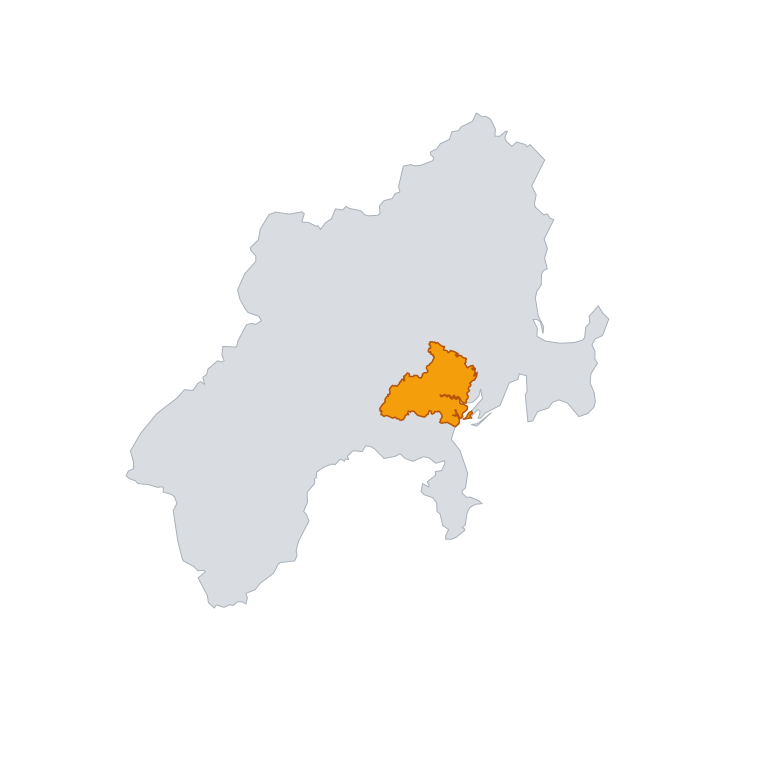 where Mykolayiv sits in Ukraine, rotated 303°
{"feature_id": "UKR-284", "entity_name": "Mykolayiv", "entity_type": "Region", "adm_level": 1, "iso_a3": "UKR", "parent_name": "Ukraine", "parent_adm1": "", "projection": "orthographic", "projection_center": [31.887, 47.325], "detail": "fine", "context": "in_parent", "style": "filled", "palette": "amber", "viewbox_px": 768, "rotation_deg": 303, "n_neighbors": 0, "source": "natural_earth", "source_scale": "10m", "svg_char_len": 9775}
<svg xmlns="http://www.w3.org/2000/svg" viewBox="0 0 768 768"><g transform="rotate(303 384 384)"><path d="M513.9,509.2L522.3,520.9L529.1,526.8L532.5,526.9L541.5,522.2L547.5,523.3L552.6,519.1L566.2,521.2L562.5,529.1L561.0,537.1L543.6,540.9L537.0,536.6L530.1,537.1L526.5,543.0L519.8,547.2L517.8,551.7L505.3,552.0L497.1,556.3L491.0,565.2L484.1,570.9L478.6,572.7L469.9,570.8L462.8,565.2L468.0,548.3L465.9,539.3L460.3,535.2L453.4,535.0L444.4,527.8L434.1,528.9L430.6,525.3L451.5,508.7L456.1,507.8L468.6,498.9L466.1,491.9L460.8,493.8L453.2,488.4L429.3,493.0L414.8,484.7L408.1,483.7L406.4,481.6L413.3,479.8L413.9,476.6L404.2,474.7L399.1,470.7L425.4,474.5L432.5,467.7L425.2,470.2L417.7,468.7L415.0,466.5L411.8,459.8L411.6,450.4L408.3,442.1L405.8,439.4L410.7,453.1L409.4,466.2L398.3,465.5L399.4,460.1L394.1,467.2L385.4,467.3L374.3,470.6L369.5,484.1L354.7,502.8L341.4,508.9L336.9,507.7L335.0,509.2L333.9,515.0L336.1,517.8L337.8,527.3L337.0,531.2L332.5,525.8L327.1,523.3L321.1,523.9L309.9,528.9L306.2,527.8L306.4,530.6L305.3,531.4L295.1,528.2L290.8,525.4L287.5,520.3L290.9,518.2L297.2,517.5L297.2,510.5L305.4,502.0L305.9,498.0L313.0,492.9L315.2,486.9L313.0,478.0L314.1,473.5L321.6,470.7L322.0,477.5L323.7,477.0L325.4,473.5L335.5,477.0L338.5,474.8L342.7,479.5L350.5,478.4L352.4,476.3L345.8,470.7L346.6,461.9L344.6,456.8L334.8,450.2L333.1,442.3L334.2,435.5L329.3,432.7L321.6,424.7L324.5,411.3L324.1,406.1L322.1,402.2L315.6,402.6L311.2,394.4L303.5,392.6L301.3,395.4L300.1,392.6L297.5,392.6L297.9,389.4L296.2,388.1L289.8,386.9L288.4,383.8L281.7,378.9L273.4,375.5L268.6,378.2L266.6,377.3L263.0,380.0L251.1,378.5L243.5,384.1L233.4,386.0L232.2,390.3L228.2,395.7L205.8,397.9L196.1,401.2L192.7,404.6L186.9,405.4L177.9,394.4L174.9,393.4L165.1,394.4L149.5,388.7L141.2,387.9L133.3,382.3L130.2,385.9L124.3,388.0L124.1,384.0L121.8,379.9L116.1,378.1L114.6,374.5L109.6,371.5L107.5,363.9L103.7,363.6L105.0,355.9L110.4,351.0L120.2,333.7L129.2,336.4L129.7,334.4L125.9,329.6L127.4,323.9L126.3,312.1L128.4,309.1L140.1,296.5L163.0,276.2L171.0,275.4L175.1,270.1L175.7,266.0L173.1,257.7L177.1,255.3L177.0,254.0L174.1,250.5L171.4,241.3L166.5,232.0L167.4,228.1L165.9,222.1L166.5,217.7L171.9,217.0L176.3,220.0L181.9,216.7L189.7,207.8L210.5,206.8L235.5,209.6L259.7,218.1L270.5,219.7L274.5,227.3L283.5,227.6L286.1,229.1L286.1,233.6L291.1,228.4L295.5,230.2L300.7,228.2L312.8,231.8L314.0,236.0L316.5,237.2L320.2,232.2L327.8,228.4L334.6,240.2L340.8,238.0L358.8,236.4L363.1,240.2L363.8,243.7L370.0,246.7L372.7,242.5L369.9,231.0L371.5,226.6L376.7,216.9L383.4,209.9L400.8,207.1L416.8,209.8L421.5,206.8L423.7,199.3L425.8,197.6L436.7,200.1L446.5,195.8L463.6,195.3L469.1,199.5L475.0,212.2L483.7,221.4L483.3,224.5L475.7,226.5L475.6,228.1L478.3,232.3L479.4,241.3L480.8,242.4L479.1,246.5L487.4,247.1L494.0,249.9L504.4,248.0L507.5,254.7L512.2,255.3L512.5,259.7L516.7,270.1L515.5,275.7L516.3,279.0L522.1,286.9L524.7,287.8L531.0,283.2L537.9,284.2L544.0,289.9L549.8,289.6L553.7,292.8L557.6,288.6L577.3,281.6L582.5,286.9L583.5,290.5L586.9,295.3L598.0,303.4L601.0,302.2L601.6,298.1L603.9,296.6L610.1,300.3L616.1,300.3L624.9,305.7L632.6,303.5L637.0,308.5L641.9,308.7L652.4,315.1L661.5,313.9L661.6,320.8L664.0,323.6L664.1,329.2L658.3,338.7L652.3,342.0L654.8,346.2L662.4,348.4L663.0,349.8L656.5,351.1L654.1,354.6L653.0,361.8L659.2,363.5L661.8,372.0L660.7,374.8L664.3,376.1L659.4,396.8L630.6,400.0L625.5,408.6L617.1,412.0L614.7,414.6L612.9,426.1L615.6,428.0L613.5,433.0L614.2,436.9L592.7,439.4L586.6,447.3L577.3,449.9L569.6,458.1L566.0,456.0L561.8,456.3L553.0,461.8L544.7,461.8L538.4,464.2L525.0,476.4L519.0,486.7L512.9,490.0L521.3,481.4L521.5,477.0L519.3,473.8L514.2,482.3L507.3,486.2L507.9,495.8L513.9,509.2ZM418.6,489.7L399.3,484.8L397.5,479.3L401.7,484.1L418.6,489.7Z" fill="#d9dde1" stroke="#a8b0b8" stroke-width="1"/><path d="M412.4,462.8L411.6,461.0L411.5,459.0L412.1,457.6L413.0,456.2L413.7,454.5L413.8,453.6L413.8,452.9L413.4,452.4L411.8,452.1L411.5,451.7L411.6,451.1L412.8,449.1L412.6,448.8L411.7,448.7L410.3,448.9L409.7,448.8L409.2,448.3L410.1,446.3L410.2,445.2L409.8,443.9L409.3,443.5L408.6,443.2L408.3,442.5L408.2,441.1L408.1,440.7L407.6,440.2L405.7,439.3L405.4,438.7L405.6,437.7L405.6,437.4L405.2,437.2L404.5,438.5L404.7,439.1L405.2,439.6L405.9,440.0L407.3,440.4L407.6,441.0L407.6,443.7L407.7,444.0L408.5,444.2L409.5,445.1L409.2,445.9L408.5,447.0L408.3,449.2L409.3,449.6L410.8,449.4L411.9,449.6L410.9,450.7L410.5,451.4L410.3,452.2L410.6,453.1L411.2,453.2L412.5,452.6L412.7,453.6L412.4,455.0L411.8,456.2L411.1,456.8L410.3,457.0L409.6,457.7L409.2,458.8L409.2,460.0L410.4,461.7L410.5,462.0L410.3,464.1L410.6,465.6L410.3,466.2L410.1,466.5L409.0,467.2L407.5,467.5L406.1,467.3L403.0,466.0L401.0,466.2L400.4,466.5L399.8,467.7L399.1,467.8L398.4,467.3L397.0,467.2L396.8,467.0L396.7,466.3L397.0,465.5L398.8,462.5L399.3,461.5L399.3,461.0L399.7,460.6L401.2,458.4L400.8,457.8L400.5,458.1L400.0,459.3L398.9,460.0L398.1,461.4L397.6,461.6L396.7,461.0L395.9,459.2L395.4,459.0L395.7,460.2L395.9,461.2L396.1,461.5L397.4,462.5L397.5,462.8L396.6,464.6L396.1,465.0L394.9,466.7L394.5,467.1L393.9,467.3L392.0,468.4L391.5,468.2L390.6,468.1L390.2,467.8L389.9,468.1L389.3,467.7L387.1,467.1L386.6,464.5L386.6,463.6L386.8,462.7L386.6,462.0L386.3,457.7L385.2,456.9L384.7,455.9L384.3,455.3L382.9,454.3L382.5,453.4L382.2,451.9L382.3,451.6L384.1,451.5L384.8,450.6L385.2,450.6L385.7,450.9L388.4,450.5L388.7,450.0L389.6,449.5L390.0,448.1L390.7,447.1L390.8,446.0L391.1,445.2L391.1,444.7L389.9,444.2L389.5,443.2L389.0,442.6L388.5,441.6L387.1,442.0L386.2,441.4L385.3,441.1L385.0,440.8L385.0,440.4L385.1,439.6L385.3,439.4L386.2,439.0L386.6,438.6L386.8,438.0L386.7,437.3L386.3,436.5L383.6,437.1L382.6,437.5L382.2,437.4L381.9,436.8L381.6,436.6L380.3,436.6L378.6,436.2L377.6,434.3L376.2,429.7L376.1,428.9L376.7,427.1L376.8,425.6L377.2,425.3L377.3,425.0L377.2,423.5L376.1,421.7L375.9,421.6L374.6,421.4L374.8,420.5L374.7,419.7L374.5,419.2L372.5,419.7L372.0,421.1L371.7,421.3L371.4,421.1L371.2,420.7L371.1,419.8L370.8,419.5L369.4,419.4L368.5,418.9L367.5,419.7L367.1,419.8L366.3,419.4L364.7,419.6L364.0,419.0L363.0,418.3L362.8,417.9L362.4,416.5L362.8,415.5L362.8,414.9L361.7,413.6L361.8,413.2L362.4,412.4L362.3,411.5L361.9,411.1L360.8,410.6L360.2,409.8L360.0,409.3L359.3,403.9L358.0,402.3L357.1,401.9L356.8,401.7L356.8,400.7L357.1,400.2L357.1,398.9L356.6,398.5L356.7,398.2L357.0,398.0L358.1,397.5L358.7,397.5L359.1,397.2L359.9,397.2L360.0,397.1L360.1,396.7L359.4,396.1L359.4,395.1L360.5,395.1L360.9,394.0L361.1,393.8L366.0,393.9L366.8,394.0L368.2,394.5L369.7,394.8L369.9,394.8L370.3,394.0L370.5,393.8L372.4,393.1L375.1,393.4L375.4,393.5L375.7,394.1L376.0,394.3L376.3,394.1L376.8,393.2L377.3,393.0L377.8,393.3L378.0,394.0L378.8,394.4L379.2,394.3L379.8,393.7L381.0,393.2L381.4,392.4L381.6,392.1L383.1,391.5L383.8,391.4L386.1,391.6L387.2,391.9L387.7,392.2L387.8,393.8L388.1,394.1L389.0,394.4L389.1,395.7L389.3,396.0L389.7,396.2L392.7,396.7L394.0,396.1L394.5,396.7L394.9,396.9L395.9,396.5L397.7,396.4L397.9,396.6L398.0,397.1L397.9,398.1L397.6,399.0L398.0,399.4L398.4,399.2L398.5,398.3L398.7,397.9L399.0,397.7L399.5,398.1L400.3,397.9L400.5,397.7L400.5,396.8L401.3,396.4L401.7,396.5L402.3,397.1L403.2,397.2L403.9,397.6L405.4,397.4L405.8,397.5L406.3,398.9L406.3,399.2L406.2,399.8L405.6,400.3L404.3,400.9L404.2,401.1L405.7,403.8L406.1,404.3L406.5,404.7L407.5,404.5L407.8,404.6L408.1,405.2L408.3,406.0L409.2,407.1L409.2,407.7L408.5,408.9L408.4,409.4L408.8,410.2L408.8,411.2L408.9,411.7L409.3,411.8L412.1,411.7L412.4,411.6L412.5,411.1L414.2,411.1L415.7,412.0L416.3,413.1L416.7,413.5L417.9,414.0L418.6,413.8L418.9,413.5L420.4,411.0L421.0,410.6L422.1,410.4L422.7,410.4L423.9,411.1L424.5,411.7L425.7,411.4L428.4,412.4L434.1,411.4L434.2,411.1L434.3,409.7L435.1,409.4L435.3,409.2L434.9,408.6L434.9,407.8L434.6,407.1L434.6,406.7L434.8,406.4L436.1,406.2L436.3,405.9L436.3,405.2L435.4,405.0L435.3,404.8L435.2,404.1L435.5,403.4L436.3,402.9L438.2,402.4L438.5,402.5L439.2,403.3L439.5,403.5L439.9,403.4L440.4,402.5L441.6,402.1L441.7,401.8L441.5,400.8L441.7,400.3L442.3,400.0L443.7,400.2L444.3,399.7L444.6,399.8L444.9,400.7L445.8,401.8L445.8,402.9L446.8,403.7L446.3,405.3L446.4,405.6L446.6,405.8L447.1,405.8L447.6,406.0L448.0,406.7L447.6,407.6L447.6,408.7L447.3,409.8L447.4,412.4L447.5,413.0L448.1,413.6L448.3,414.2L448.1,414.6L446.7,414.8L445.6,415.1L445.0,415.6L445.0,415.9L446.0,417.8L446.2,418.8L446.1,419.3L445.4,420.3L445.3,420.9L445.7,421.2L448.4,421.6L448.4,422.5L448.5,423.2L449.3,424.1L449.4,424.4L449.2,425.3L449.7,426.6L449.5,428.1L449.9,429.0L449.8,429.3L449.7,429.5L448.8,429.6L448.4,429.5L447.7,427.9L447.4,427.9L447.2,428.8L446.5,429.9L446.7,430.4L447.1,430.8L448.8,431.0L449.6,432.6L449.7,433.7L449.2,435.6L449.2,436.3L450.2,438.5L449.9,439.5L449.7,439.6L448.5,439.3L447.4,440.6L447.0,440.8L445.8,440.9L445.4,440.4L445.1,440.4L443.8,443.3L443.2,444.3L443.2,444.6L443.4,445.7L444.5,445.8L446.4,446.9L447.9,448.4L447.8,448.9L446.9,450.1L446.8,450.7L445.9,450.2L445.2,449.3L444.9,449.4L444.4,450.0L444.4,451.1L444.6,451.5L446.2,451.7L446.5,452.1L446.0,452.5L444.7,452.9L444.3,453.1L443.6,454.0L439.9,454.8L439.8,455.0L439.8,455.3L440.4,455.6L441.2,455.7L442.9,455.5L444.1,455.9L443.3,456.4L440.5,457.6L438.7,457.5L436.6,457.8L436.3,457.6L435.7,456.7L434.8,456.4L434.4,456.1L432.8,456.1L431.2,455.4L431.0,455.7L431.0,456.9L430.6,457.4L428.8,457.5L428.6,457.4L428.3,456.9L428.0,456.8L426.2,457.1L425.6,457.8L425.2,459.1L424.7,459.3L423.9,459.2L422.0,458.5L421.2,458.6L420.6,459.1L419.7,461.0L419.2,461.6L417.2,462.1L415.9,461.6L415.5,461.7L414.6,462.4L414.1,462.6L412.5,462.5L412.4,462.8ZM407.6,474.1L405.4,473.3L404.7,473.3L404.1,473.5L403.5,474.3L403.3,474.7L403.3,476.6L402.6,474.6L402.3,474.3L401.9,474.2L398.1,470.2L397.5,469.1L398.6,470.0L399.4,470.9L399.9,471.2L405.6,470.7L406.7,471.1L408.8,472.3L407.6,474.1Z" fill="#f59e0b" stroke="#b45309" stroke-width="1.5"/></g></svg>